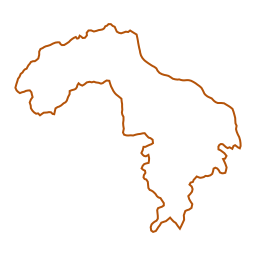 Tumiritinga, Minas Gerais, Brazil
{"feature_id": "56859067B90264149101668", "entity_name": "Tumiritinga", "entity_type": "district", "adm_level": 2, "iso_a3": "BRA", "parent_name": "Brazil", "parent_adm1": "Minas Gerais", "projection": "equal_earth", "projection_center": [-41.714, -19.039], "detail": "fine", "context": "isolated", "style": "outline", "palette": "amber", "viewbox_px": 256, "rotation_deg": 0, "n_neighbors": 0, "source": "geoboundaries", "source_scale": "gbopen_adm2", "svg_char_len": 4251}
<svg xmlns="http://www.w3.org/2000/svg" viewBox="0 0 256 256"><path d="M15.4,87.8L16.6,90.4L18.1,91.9L19.9,93.1L21.9,92.3L24.3,91.7L25.9,90.9L28.0,90.5L29.8,90.4L31.4,92.3L31.9,94.6L32.6,97.1L30.9,99.5L29.7,102.5L30.7,105.5L30.9,108.2L32.4,110.6L34.1,112.4L36.1,113.7L38.1,113.4L40.0,115.3L42.2,113.7L43.7,112.7L47.1,112.5L49.0,112.1L51.0,112.3L52.6,113.9L54.2,114.2L54.9,111.1L55.5,108.4L57.5,107.1L59.1,106.6L61.2,105.4L63.6,103.3L65.5,102.3L66.8,100.7L68.1,97.0L69.6,94.2L69.7,91.0L72.0,90.1L74.0,89.6L75.6,88.9L76.8,87.3L77.4,85.2L78.6,83.3L80.2,84.7L82.3,85.6L84.4,84.4L86.8,82.4L89.6,81.8L91.8,82.3L93.9,81.7L95.8,82.4L98.7,82.8L101.0,83.6L102.8,83.1L104.3,81.9L106.6,80.5L109.3,80.8L110.1,83.6L111.1,86.5L112.1,88.4L113.4,91.0L114.8,93.0L116.2,94.5L118.1,96.0L119.7,97.3L121.4,98.7L121.7,101.6L122.1,104.0L122.1,106.6L122.3,109.8L121.9,112.5L122.3,114.6L123.5,116.9L123.5,120.1L123.1,123.2L123.3,125.8L123.8,128.7L123.0,132.5L124.1,134.7L126.4,135.4L128.2,135.5L130.7,135.3L133.1,135.5L135.7,134.7L137.8,134.2L140.3,133.9L142.9,133.3L144.7,133.2L146.6,135.5L148.6,137.6L150.4,138.1L152.6,139.7L153.0,143.1L151.4,144.2L149.3,145.0L147.3,145.9L145.3,146.9L143.5,146.9L142.7,150.2L141.4,153.0L142.7,154.8L144.2,156.0L145.9,156.3L148.4,154.9L149.1,158.1L149.0,160.6L148.6,162.9L146.3,163.4L144.2,164.1L142.7,165.8L141.6,168.4L143.2,169.8L145.0,170.7L145.4,172.9L143.9,175.1L143.5,177.4L144.6,179.0L146.3,179.5L147.8,181.8L148.1,184.9L148.4,188.0L149.7,189.9L151.5,190.6L153.2,191.7L155.4,193.8L156.9,196.1L158.4,197.4L160.5,198.1L161.9,200.3L163.8,203.1L163.8,205.5L162.0,206.7L159.7,207.5L158.0,208.2L157.2,210.2L157.5,213.2L157.8,215.9L157.8,218.7L156.5,220.7L155.0,221.5L153.4,222.6L151.6,224.4L150.7,227.2L151.2,230.5L153.1,231.9L155.8,231.0L157.2,229.0L158.3,227.2L159.8,225.3L161.3,222.7L163.8,221.8L166.0,221.1L168.3,219.2L170.1,217.6L171.9,219.7L173.6,221.5L175.7,222.9L177.8,226.0L179.9,228.7L181.2,226.1L182.8,222.7L184.1,219.8L184.0,217.5L183.8,215.3L185.3,211.0L187.0,210.2L189.0,209.6L191.5,207.9L192.3,204.1L190.6,201.6L189.2,199.1L188.3,196.1L190.4,193.8L192.0,191.7L192.6,189.1L191.7,186.5L189.5,184.6L190.6,182.6L192.9,181.9L193.7,179.8L194.9,178.6L196.7,176.5L198.4,177.2L200.1,177.8L201.7,177.6L203.7,177.1L205.5,175.9L207.8,176.1L210.4,175.3L212.2,173.9L213.0,171.5L213.6,168.6L215.3,167.7L217.3,168.5L218.8,170.3L220.0,172.5L222.1,173.3L223.7,173.2L225.3,172.8L226.0,170.4L226.6,167.4L225.4,164.0L224.2,161.3L223.1,159.0L225.1,158.6L226.5,155.9L224.4,153.2L222.4,151.7L220.5,150.3L218.5,149.4L218.4,146.6L219.4,144.9L220.9,144.0L222.7,144.2L224.2,145.5L225.8,147.0L227.6,148.1L229.6,147.3L232.3,148.8L233.5,146.0L235.1,145.2L236.6,146.3L238.0,147.4L239.8,148.3L240.6,146.0L240.5,143.1L240.1,140.3L239.2,137.1L237.8,134.4L236.7,131.7L236.0,129.1L236.6,125.8L235.5,123.4L235.3,120.4L235.2,118.0L234.6,115.6L233.6,112.0L232.5,108.9L230.4,107.2L228.9,106.2L227.4,105.3L225.7,104.3L224.1,103.3L221.3,103.0L217.7,103.0L215.6,102.1L213.9,100.8L211.7,98.4L209.2,97.3L207.4,96.4L205.5,94.9L204.3,93.5L203.4,91.5L202.4,89.5L201.4,87.8L199.6,86.2L197.5,84.7L195.5,83.2L193.5,82.0L191.2,80.8L188.9,80.2L187.1,80.1L184.9,80.3L182.8,80.3L181.1,80.0L179.2,79.4L177.5,79.6L175.1,79.3L172.8,78.7L170.8,77.3L168.5,75.9L166.3,75.3L164.2,74.9L161.8,74.1L159.4,72.8L157.5,70.6L156.4,68.4L154.4,66.9L152.4,65.9L150.5,64.7L148.1,63.1L145.5,61.2L144.2,60.1L142.4,58.0L141.0,55.5L140.2,52.8L139.9,50.8L139.2,48.0L138.6,45.0L138.2,42.9L137.9,40.8L137.4,38.2L136.6,34.5L133.9,32.9L131.8,31.6L130.1,30.5L128.2,32.0L125.8,31.7L123.3,32.6L121.1,33.3L118.9,32.8L116.8,31.6L115.7,29.1L114.7,26.8L112.7,25.9L110.8,24.1L108.5,24.1L107.1,25.6L105.3,26.3L104.1,28.4L102.6,29.4L100.8,29.8L98.7,30.1L96.7,30.8L93.9,31.5L91.1,30.4L88.5,30.5L86.7,32.8L86.9,35.4L84.9,37.8L82.7,38.0L81.3,36.7L79.7,35.7L78.6,38.2L77.1,38.6L75.8,37.0L73.8,37.9L71.6,39.4L70.3,40.5L69.0,41.9L66.8,43.4L64.2,45.0L62.0,45.1L60.6,44.2L59.5,42.4L57.8,42.3L55.5,42.6L52.9,43.6L50.3,45.0L47.9,45.8L45.8,46.3L44.1,47.1L42.6,48.1L40.5,49.0L39.2,51.6L39.2,54.9L38.3,58.5L36.3,60.2L34.8,61.2L33.0,61.2L30.9,62.0L29.8,63.7L28.4,65.3L27.5,66.9L26.6,68.7L25.0,69.3L23.6,70.7L22.6,72.4L20.7,73.9L19.5,76.8L18.0,78.8L17.4,81.0L16.3,84.4L15.4,87.8Z" fill="none" stroke="#b45309" stroke-width="2"/></svg>